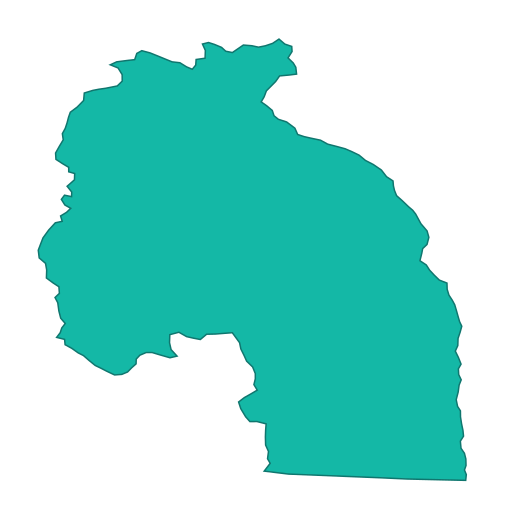 São Gabriel da Palha, Espírito Santo, Brazil (Equal Earth projection), rotated 92°
{"feature_id": "56859067B16425031458349", "entity_name": "São Gabriel da Palha", "entity_type": "district", "adm_level": 2, "iso_a3": "BRA", "parent_name": "Brazil", "parent_adm1": "Espírito Santo", "projection": "equal_earth", "projection_center": [-40.521, -18.954], "detail": "fine", "context": "isolated", "style": "filled", "palette": "teal", "viewbox_px": 512, "rotation_deg": 92, "n_neighbors": 0, "source": "geoboundaries", "source_scale": "gbopen_adm2", "svg_char_len": 2832}
<svg xmlns="http://www.w3.org/2000/svg" viewBox="0 0 512 512"><g transform="rotate(92 256 256)"><path d="M192.9,447.2L198.5,442.4L203.1,442.4L201.9,449.5L206.2,452.5L211.7,448.8L214.8,442.8L219.0,446.9L222.8,452.7L228.1,450.9L229.8,457.7L237.3,464.1L245.3,469.5L251.9,471.8L257.8,473.8L265.5,472.6L270.7,466.1L277.3,464.7L285.3,464.7L290.1,457.7L293.6,451.9L300.2,451.2L304.5,455.4L309.6,452.5L317.8,451.1L325.0,449.0L330.1,444.3L334.7,447.6L339.5,449.0L344.3,452.4L346.0,444.4L351.3,443.7L354.7,436.9L359.0,430.4L361.5,425.0L366.3,419.1L371.0,412.9L373.5,407.2L376.3,401.3L379.8,393.2L379.0,386.0L376.4,380.3L372.0,376.3L368.0,372.1L363.2,372.1L359.2,368.6L356.3,362.4L356.1,356.4L358.1,348.8L360.7,338.4L358.8,331.4L352.5,337.6L345.7,339.4L337.6,339.4L334.9,330.4L339.0,322.5L340.3,315.7L341.4,308.7L335.9,302.6L335.4,293.8L334.4,285.1L333.5,277.0L343.2,269.4L349.4,267.9L355.9,264.4L361.4,261.7L367.0,255.5L373.5,252.6L378.8,252.4L384.6,253.6L390.0,250.1L393.5,255.5L397.9,262.7L402.5,268.3L409.1,265.9L417.1,260.7L421.7,256.3L421.4,249.3L423.4,240.0L429.7,240.3L436.5,240.3L444.6,239.8L450.9,236.7L458.2,237.4L462.7,234.6L470.7,240.3L472.8,216.0L473.3,123.0L473.6,97.3L472.9,38.6L467.1,38.2L462.6,40.2L458.0,38.8L451.5,39.2L445.9,40.8L441.0,44.4L433.9,45.3L428.8,42.3L423.0,43.1L416.5,44.7L409.7,46.0L403.6,46.3L399.3,49.3L392.6,50.9L384.9,49.2L377.9,48.5L372.6,46.6L367.4,49.3L361.7,49.8L356.9,47.3L350.3,50.2L344.1,53.5L338.5,51.2L331.3,51.2L324.9,49.3L319.0,47.9L314.6,50.2L309.8,51.8L303.8,53.7L297.8,55.7L293.2,58.4L288.4,61.8L282.6,63.8L276.4,64.2L273.7,71.9L269.0,77.1L264.1,82.0L259.0,85.5L255.0,92.0L247.4,90.4L242.8,89.7L238.5,85.5L231.3,83.9L225.0,85.9L218.0,92.3L213.1,95.2L208.5,97.9L204.8,101.0L201.4,105.3L195.6,111.8L190.8,117.6L185.6,119.9L181.1,121.1L176.2,121.7L172.2,128.3L165.7,133.7L160.5,141.9L156.7,149.9L151.6,156.5L148.6,163.3L145.7,170.7L143.7,179.2L141.7,188.3L138.0,195.6L136.2,205.9L135.0,212.1L133.1,218.6L126.9,221.6L121.0,230.0L118.6,238.4L115.2,242.9L110.0,244.8L105.6,250.4L101.8,256.2L96.6,253.4L90.6,251.4L81.0,242.5L75.2,238.7L74.0,229.3L72.8,221.8L66.0,222.8L61.8,225.5L56.9,230.9L50.4,227.1L45.3,227.6L43.2,234.6L38.4,240.6L42.9,246.8L45.6,254.0L47.2,260.8L46.0,267.5L45.6,276.0L53.5,286.7L52.4,293.4L48.7,297.7L46.0,304.9L44.3,310.9L46.0,316.9L52.3,313.8L60.1,313.8L61.7,322.7L67.3,322.9L71.6,326.2L69.4,332.0L65.5,338.8L64.9,346.6L62.9,352.1L60.0,359.9L56.7,369.0L54.8,377.3L57.7,382.2L64.0,384.1L65.1,391.6L66.8,402.0L70.0,408.3L72.9,400.4L79.4,396.1L85.9,395.8L90.9,400.6L93.6,412.0L94.8,418.8L96.2,424.9L99.1,433.3L106.6,433.7L113.4,439.9L118.8,446.6L123.9,448.2L129.7,449.5L135.1,451.1L140.5,453.8L146.6,452.7L153.3,456.4L160.1,459.9L166.4,459.3L170.5,452.5L173.9,446.3L178.4,446.1L179.9,440.1L186.2,440.1L192.9,447.2Z" fill="#14b8a6" stroke="#0f766e" stroke-width="1.5"/></g></svg>